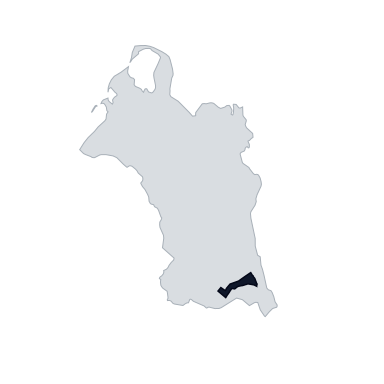 location of Halac, Chardzhou, Turkmenistan, rotated 42°
{"feature_id": "10190150B91732086642718", "entity_name": "Halac", "entity_type": "district", "adm_level": 2, "iso_a3": "TKM", "parent_name": "Turkmenistan", "parent_adm1": "Chardzhou", "projection": "mercator", "projection_center": [64.556, 37.553], "detail": "fine", "context": "in_parent", "style": "filled", "palette": "ink", "viewbox_px": 384, "rotation_deg": 42, "n_neighbors": 0, "source": "geoboundaries", "source_scale": "gbopen_adm2", "svg_char_len": 4584}
<svg xmlns="http://www.w3.org/2000/svg" viewBox="0 0 384 384"><g transform="rotate(42 192 192)"><path d="M121.0,133.8L136.8,134.7L141.6,135.3L143.6,133.0L143.5,132.5L142.8,132.0L141.6,130.4L140.6,119.6L141.9,118.1L143.5,117.0L145.8,113.6L147.0,112.5L148.8,111.6L154.9,111.4L157.4,110.7L159.6,106.9L160.0,104.6L161.6,102.8L162.6,102.8L166.7,104.3L167.6,105.1L168.9,108.0L170.5,107.8L170.7,107.3L170.5,106.7L169.4,104.9L166.8,101.7L164.3,99.7L164.1,99.0L166.2,97.4L170.5,98.1L171.6,97.5L172.7,94.9L178.4,100.8L179.5,101.4L184.0,102.1L184.8,102.9L186.4,106.3L187.9,107.2L189.8,107.8L197.9,107.9L200.4,110.2L200.8,110.7L200.3,112.3L200.2,115.3L199.5,116.5L199.9,117.0L202.8,118.3L204.5,120.2L204.7,121.1L204.2,121.6L202.8,121.3L202.2,122.2L202.2,123.8L203.1,125.2L203.4,126.6L202.0,129.7L202.0,131.0L202.5,131.7L209.7,136.4L210.9,136.6L217.9,135.7L219.2,136.2L225.3,137.3L227.0,137.1L228.2,135.6L229.3,135.0L230.3,135.0L233.2,136.0L236.3,138.0L238.4,139.8L239.4,141.5L242.2,150.5L244.0,154.3L246.2,156.2L247.7,159.7L249.0,167.4L249.9,168.9L253.2,172.0L270.1,184.3L275.2,189.9L283.1,195.1L286.0,194.5L292.2,200.2L296.1,202.3L301.2,205.7L311.8,213.3L314.1,213.6L316.7,212.5L318.9,213.1L322.9,215.1L327.2,218.0L330.9,219.0L331.9,220.3L332.0,221.0L329.9,224.6L329.6,229.3L329.8,235.6L328.8,235.7L321.6,233.9L314.8,230.1L313.2,231.3L312.4,232.6L310.7,238.0L301.5,238.3L296.1,241.0L291.1,258.4L290.0,260.5L287.0,263.3L281.7,266.1L280.9,267.2L280.7,268.3L280.1,268.6L277.2,268.6L266.1,272.3L263.6,272.3L262.7,272.6L262.2,273.3L263.5,276.7L262.5,277.7L261.8,279.4L261.2,282.4L253.9,287.0L252.4,287.5L249.5,287.1L247.9,287.6L246.4,289.1L245.7,288.6L245.3,287.1L244.5,286.2L240.0,282.4L234.7,283.0L232.8,282.7L231.2,282.1L228.8,280.0L227.3,277.9L225.7,278.2L225.2,277.2L225.2,276.1L225.6,274.7L225.5,272.1L224.6,270.2L223.5,269.4L224.7,266.4L224.7,264.2L224.0,261.8L223.7,258.2L223.9,254.8L222.9,253.1L207.4,253.2L201.9,245.2L199.7,243.2L192.0,239.8L189.9,238.0L188.2,235.9L187.7,233.2L186.9,231.5L185.6,231.3L179.6,228.1L177.2,227.2L174.0,228.0L172.0,227.1L169.7,228.3L168.7,228.4L166.3,227.6L163.2,224.7L160.7,223.5L155.3,221.6L151.6,221.1L148.3,219.9L147.9,219.5L147.8,217.0L147.4,216.0L146.4,214.8L145.1,213.8L139.4,213.9L136.8,213.0L134.7,212.8L130.2,213.0L128.7,213.7L127.9,214.5L127.3,216.9L126.9,217.2L122.5,217.3L113.1,216.8L109.2,218.0L103.2,221.7L99.7,224.8L98.7,226.2L96.6,231.7L95.7,232.5L94.5,233.2L93.3,233.3L87.8,235.4L85.7,236.0L80.2,235.7L78.8,227.6L78.4,221.1L79.0,212.1L78.7,206.3L79.6,197.4L79.3,195.3L76.4,191.3L76.0,188.6L74.3,188.5L71.5,186.2L68.7,185.3L67.3,185.2L66.1,185.9L65.2,187.2L64.5,185.1L64.5,182.9L66.7,178.4L68.1,179.7L69.8,180.2L74.0,180.0L73.6,178.4L71.4,176.8L71.0,174.8L71.1,172.7L71.7,170.6L71.1,169.8L70.1,169.3L67.8,169.4L61.8,168.6L61.1,171.0L62.8,174.1L60.0,170.6L58.2,166.9L57.0,162.6L56.8,158.0L59.1,150.5L60.9,141.3L63.2,145.1L64.9,146.8L68.7,147.9L70.4,147.7L72.4,146.7L74.2,147.0L77.2,151.0L79.3,151.4L83.6,149.9L85.7,149.6L87.5,150.3L89.3,150.3L88.5,148.4L88.2,146.6L89.3,145.6L92.7,146.7L95.4,145.6L95.9,145.1L96.2,143.5L95.8,140.4L95.2,139.0L93.6,137.2L87.5,132.7L85.4,130.9L83.7,128.6L80.9,119.3L78.8,113.4L78.0,112.7L74.4,112.2L67.7,113.6L65.3,113.3L64.2,113.9L61.5,116.4L60.2,118.6L58.4,123.5L59.8,125.0L58.7,133.3L59.3,136.7L59.1,137.0L57.1,132.6L54.3,128.3L52.0,121.7L56.1,117.3L59.5,114.2L63.2,111.9L67.0,110.3L75.6,107.9L80.4,107.0L84.3,106.9L87.2,108.3L95.3,113.7L98.8,116.7L99.8,118.0L100.7,120.9L106.6,130.2L108.0,131.5L110.3,134.5L112.5,135.3L121.0,133.8ZM64.2,199.0L64.0,200.2L63.0,196.6L62.4,192.6L63.1,191.5L63.9,191.6L63.2,193.0L64.2,199.0Z" fill="#d9dde1" stroke="#a8b0b8" stroke-width="1"/><path d="M288.1,218.6L287.1,222.9L286.6,225.2L286.2,227.0L284.1,230.9L282.7,233.5L281.9,234.9L282.0,237.9L282.1,240.6L282.6,242.0L282.6,243.0L282.2,243.1L279.8,243.4L277.4,243.7L277.6,248.2L278.6,248.2L281.1,248.1L281.4,248.1L287.7,247.9L287.6,247.1L287.2,245.3L287.1,244.1L286.9,242.4L286.5,240.1L286.3,238.6L286.1,237.3L287.0,236.4L287.4,236.2L288.6,235.4L288.8,234.2L289.0,232.7L289.3,231.6L289.9,230.6L290.5,229.8L290.9,229.2L291.1,228.8L291.7,228.3L292.4,227.3L293.0,226.3L293.5,225.3L293.9,224.8L294.7,223.4L295.0,222.8L295.9,222.3L296.2,222.1L296.8,221.7L297.4,221.3L299.0,220.3L300.2,219.6L300.3,219.5L301.6,219.2L302.7,218.9L303.0,218.8L302.7,218.6L302.6,217.9L301.9,216.8L301.3,216.9L300.2,216.1L298.8,215.5L298.4,215.2L296.4,214.2L294.9,214.0L294.4,213.9L293.4,213.4L292.5,213.5L292.4,213.5L291.9,213.3L290.9,213.0L289.6,212.6L289.2,214.1L288.6,216.6L288.1,218.6Z" fill="#0f172a" stroke="#020617" stroke-width="1.5"/></g></svg>